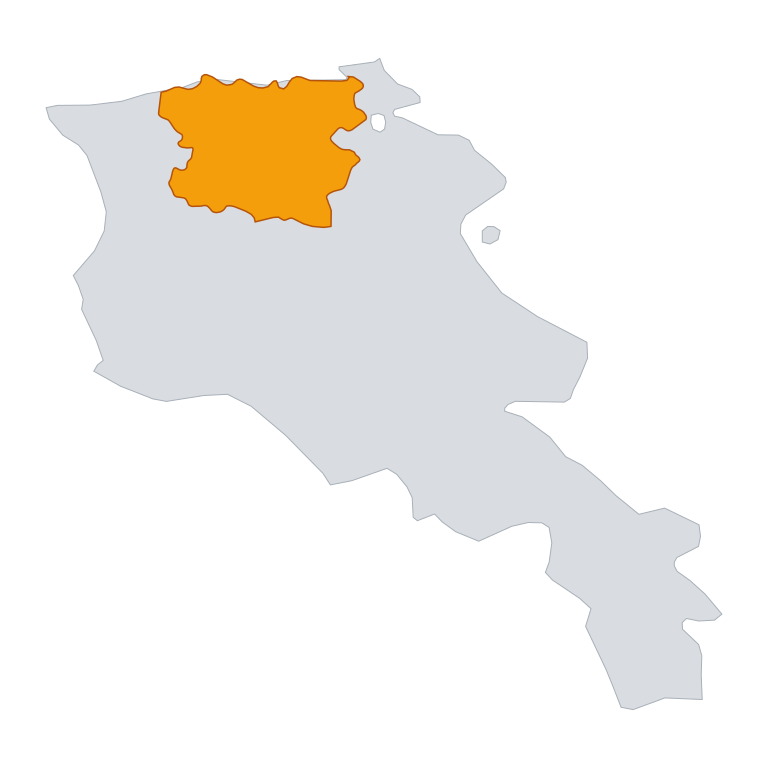 Lori highlighted on a map of Armenia
{"feature_id": "ARM-1674", "entity_name": "Lori", "entity_type": "Province", "adm_level": 1, "iso_a3": "ARM", "parent_name": "Armenia", "parent_adm1": "", "projection": "natural_earth1", "projection_center": [44.445, 40.946], "detail": "fine", "context": "in_parent", "style": "filled", "palette": "amber", "viewbox_px": 768, "rotation_deg": 0, "n_neighbors": 0, "source": "natural_earth", "source_scale": "10m", "svg_char_len": 4523}
<svg xmlns="http://www.w3.org/2000/svg" viewBox="0 0 768 768"><path d="M330.4,484.9L323.0,473.4L285.7,435.4L251.2,406.3L227.5,394.3L203.6,395.5L166.5,401.4L152.9,398.9L120.7,386.3L93.8,371.2L97.5,364.9L103.2,360.4L96.4,340.8L81.6,309.3L83.2,299.4L78.5,285.8L73.3,275.5L94.5,250.8L104.2,231.0L106.3,211.8L100.8,191.7L87.0,155.5L78.5,145.0L62.7,135.1L49.4,119.1L46.1,107.7L57.3,105.4L90.0,105.1L121.7,101.3L146.5,93.8L182.4,87.5L197.2,81.9L214.4,79.2L266.9,85.2L286.5,80.6L345.6,79.7L347.1,77.4L339.1,69.7L339.1,66.8L374.3,62.0L379.7,58.4L384.3,70.5L397.6,84.0L412.0,89.4L419.8,96.9L420.1,102.5L394.6,109.4L392.9,112.8L394.6,116.2L402.2,117.8L438.0,134.8L458.4,135.1L469.2,140.3L474.6,150.4L491.7,164.2L505.3,177.5L506.2,182.2L503.6,188.9L465.6,215.1L460.9,224.1L460.3,233.6L477.2,262.0L501.9,293.1L537.7,316.7L586.9,342.3L587.6,358.1L579.9,377.0L573.3,389.8L570.3,398.5L564.3,402.1L515.4,401.3L508.1,404.4L504.8,408.1L504.6,411.2L522.2,416.9L549.8,437.1L565.7,456.7L582.2,465.3L600.8,480.9L615.7,495.4L638.9,514.3L664.6,508.1L699.0,524.8L700.5,536.2L698.5,546.4L676.9,557.5L674.3,562.1L674.3,566.0L677.2,571.4L689.9,580.5L704.9,593.9L721.9,614.1L714.5,620.1L698.8,621.0L686.5,618.5L682.2,622.6L682.5,629.2L698.6,644.5L701.8,655.7L701.2,675.0L702.2,699.5L664.9,697.9L633.1,709.6L621.1,707.3L613.0,686.5L606.1,669.6L585.6,626.4L591.0,608.7L579.7,598.4L552.4,580.0L545.4,572.4L549.2,562.0L551.8,542.9L549.1,527.4L541.8,522.8L528.2,522.5L511.7,526.3L478.7,541.2L455.6,531.7L442.3,522.0L434.6,514.0L417.4,520.7L413.2,517.4L412.2,497.6L407.0,486.9L396.7,474.3L387.0,468.3L351.7,480.7L330.4,484.9ZM384.6,129.1L385.7,122.0L384.0,115.5L378.3,113.5L371.3,115.2L370.7,122.3L372.9,129.1L380.0,132.2L384.6,129.1ZM498.0,239.6L489.9,244.0L482.3,242.0L482.3,230.9L487.7,226.4L494.1,226.7L500.1,230.7L498.0,239.6Z" fill="#d9dde1" stroke="#a8b0b8" stroke-width="1"/><path d="M341.3,81.1L346.9,80.4L349.1,77.6L348.2,76.5L348.3,76.5L353.4,77.0L360.6,81.6L362.8,83.8L363.3,85.4L363.2,86.7L362.6,88.0L361.6,89.0L358.7,91.1L355.6,92.8L354.7,93.5L354.2,95.5L353.8,99.1L354.7,104.7L355.7,107.4L357.3,108.8L359.1,109.3L361.3,110.4L363.5,112.1L366.0,115.7L366.4,117.8L365.9,119.5L352.1,129.7L349.8,130.7L347.9,130.8L346.2,130.2L343.5,128.4L342.0,127.7L340.5,127.6L339.2,128.0L337.9,128.9L330.9,136.6L330.5,138.2L330.7,139.6L331.5,140.9L333.5,143.1L338.9,147.6L341.6,149.1L343.0,149.5L346.1,149.8L349.1,149.8L349.9,150.0L350.6,150.3L351.2,150.7L353.8,151.9L354.5,152.5L355.4,154.4L356.2,155.3L358.7,157.3L359.9,159.5L359.4,160.9L358.3,162.0L357.0,163.0L355.2,164.9L354.5,165.5L353.6,166.0L352.5,166.9L351.6,168.3L350.7,170.1L346.2,184.0L345.0,186.1L343.8,187.7L342.5,188.7L341.0,189.4L333.7,191.3L329.7,193.2L328.1,194.4L326.6,196.2L326.6,197.5L326.9,198.8L327.6,200.4L328.7,203.9L329.5,205.5L331.2,210.7L331.0,226.4L324.8,227.3L322.5,227.3L312.3,226.4L303.5,223.8L292.8,218.4L291.4,218.1L289.9,218.2L285.7,220.0L284.0,220.2L281.9,219.3L278.4,217.1L273.1,217.5L255.2,221.9L254.2,217.8L252.6,215.9L251.2,214.3L245.8,211.2L234.6,206.7L231.2,205.9L228.2,205.8L227.2,206.0L226.4,206.3L225.8,207.0L224.2,209.3L222.6,210.7L220.3,211.9L216.5,212.6L214.3,212.3L212.6,211.6L211.5,210.5L209.4,207.9L207.8,206.4L206.5,205.7L205.0,205.5L204.0,205.5L201.2,206.1L192.2,206.4L190.8,206.0L189.1,205.2L188.4,204.1L186.9,200.7L185.5,198.8L183.9,197.9L176.4,196.8L174.8,195.8L173.7,194.3L173.1,192.5L172.3,190.5L171.3,188.5L169.6,185.7L169.0,183.9L169.0,182.2L170.6,179.4L170.9,178.7L172.6,171.4L173.2,169.9L173.8,168.7L174.0,168.4L174.4,168.1L174.9,167.9L175.5,167.9L176.4,168.1L179.8,169.9L181.3,170.2L183.0,170.1L184.7,169.6L185.9,168.7L186.8,167.4L187.0,164.6L187.4,162.7L188.2,161.2L190.6,159.0L191.5,157.6L193.1,149.0L192.7,148.1L192.1,147.6L187.2,147.9L182.4,147.3L181.0,146.8L179.7,146.0L178.5,144.7L178.1,143.6L178.4,142.6L178.9,141.9L180.8,140.7L181.7,139.8L182.3,138.6L182.5,136.6L182.3,135.5L181.9,134.6L181.3,134.2L177.4,131.8L175.8,130.3L174.0,128.2L170.0,122.1L168.7,120.5L167.7,119.7L162.7,117.8L161.2,117.0L159.3,115.4L158.7,114.2L158.6,112.7L161.1,92.7L161.1,92.3L166.1,91.1L174.7,87.4L179.0,87.0L188.0,89.4L192.5,88.7L196.7,86.5L200.1,83.3L201.2,80.7L201.3,78.4L201.9,76.4L204.4,74.7L206.7,74.7L212.5,77.0L222.8,83.8L226.7,85.2L231.8,84.4L233.7,83.1L235.3,81.5L237.0,80.0L239.6,79.2L242.2,79.5L253.6,86.1L258.2,87.7L263.0,88.0L268.2,86.6L272.5,82.0L273.9,81.0L276.2,80.9L277.4,83.0L278.1,85.7L279.3,87.7L283.7,88.9L286.8,86.3L289.4,82.0L292.2,78.5L296.8,76.6L301.1,77.1L310.0,80.5L341.3,81.1Z" fill="#f59e0b" stroke="#b45309" stroke-width="1.5"/></svg>